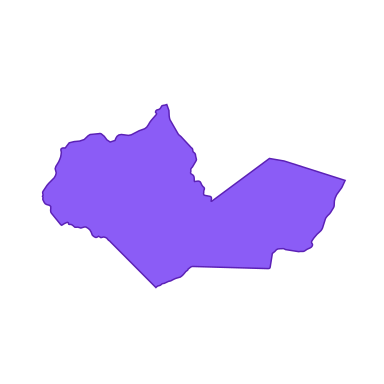 map outline of Ogooué-Ivindo (Equal Earth projection), rotated 224°
{"feature_id": "GAB-2186", "entity_name": "Ogooué-Ivindo", "entity_type": "Province", "adm_level": 1, "iso_a3": "GAB", "parent_name": "Gabon", "parent_adm1": "", "projection": "equal_earth", "projection_center": [13.011, 0.34], "detail": "fine", "context": "isolated", "style": "filled", "palette": "violet", "viewbox_px": 384, "rotation_deg": 224, "n_neighbors": 0, "source": "natural_earth", "source_scale": "10m", "svg_char_len": 3246}
<svg xmlns="http://www.w3.org/2000/svg" viewBox="0 0 384 384"><g transform="rotate(224 192 192)"><path d="M216.2,99.5L217.0,99.6L218.6,99.3L221.3,99.6L222.9,99.1L224.3,98.3L225.8,95.9L227.2,95.6L228.5,95.2L229.0,93.3L229.6,92.5L231.1,91.9L232.8,91.7L234.0,91.8L236.7,93.1L239.2,93.8L241.5,93.7L244.1,93.1L245.1,92.1L246.9,88.9L249.7,87.4L250.7,86.3L251.8,85.3L253.3,85.2L254.1,85.2L254.8,85.1L256.2,84.8L256.7,84.4L257.7,83.5L258.2,83.2L258.6,83.3L259.5,83.9L259.7,84.0L260.6,83.6L260.8,83.3L261.8,80.8L262.5,78.1L262.6,77.6L263.7,77.3L278.4,79.1L279.7,79.5L281.1,80.7L282.3,82.2L283.5,83.4L285.1,83.5L287.9,82.0L289.3,81.6L290.9,81.8L294.0,82.9L294.6,83.5L295.1,84.2L295.7,84.8L296.6,85.0L296.8,85.6L296.9,86.2L297.6,86.8L298.4,87.3L299.3,88.1L299.7,89.3L300.9,95.9L301.1,98.6L301.0,106.5L301.7,109.2L302.9,111.4L306.6,113.7L307.7,115.8L308.9,121.2L309.8,123.6L310.8,125.9L312.2,128.0L313.6,129.8L315.5,131.1L316.1,131.9L315.9,133.4L315.2,134.3L314.3,135.1L313.7,135.9L314.0,137.2L314.5,142.1L311.8,146.4L308.2,150.6L306.0,154.9L305.8,160.3L305.2,162.6L299.5,169.3L299.2,169.8L298.7,170.3L297.7,170.8L293.8,171.1L289.4,170.4L285.6,171.1L283.2,175.6L284.1,177.7L284.6,179.9L284.3,182.1L282.8,184.3L277.0,188.6L275.4,191.0L272.6,199.3L270.0,204.6L269.6,207.1L270.0,209.7L270.8,213.0L271.1,215.5L271.5,223.1L272.0,223.8L272.9,223.9L273.8,224.1L274.4,225.4L274.3,226.5L273.2,228.4L272.9,229.4L273.0,231.0L273.4,232.2L273.5,233.3L272.7,234.6L271.9,235.6L270.9,237.4L265.2,234.6L261.3,230.9L259.6,229.6L258.1,228.7L242.5,224.2L241.3,224.0L238.3,224.2L223.7,223.4L222.1,223.5L221.5,223.3L220.7,222.8L219.9,222.1L219.1,221.7L217.0,221.8L216.1,221.6L215.2,221.1L214.4,220.4L211.4,218.5L210.9,217.7L210.6,216.7L209.1,210.4L209.0,208.3L208.6,207.4L207.3,206.2L206.3,204.7L205.6,204.4L203.3,204.8L202.6,204.8L202.0,204.7L201.5,204.5L200.8,204.1L199.4,202.9L198.1,201.6L197.5,201.3L195.2,204.1L194.4,204.7L193.2,205.0L192.3,204.8L190.0,203.9L188.0,203.5L186.6,203.6L185.7,203.3L185.0,202.5L184.6,201.5L184.0,200.6L183.3,199.9L182.7,199.0L181.9,198.4L180.9,198.2L175.8,201.5L175.0,201.7L174.3,201.5L173.6,201.0L172.9,200.1L172.3,199.2L171.8,198.7L171.4,199.0L159.6,269.9L147.3,278.3L89.9,306.7L87.6,300.1L87.3,299.1L86.1,290.6L84.9,287.2L83.9,285.4L83.3,284.4L80.4,281.1L79.7,280.1L79.3,279.0L78.1,273.6L77.9,271.9L78.0,269.3L77.9,267.7L77.7,266.3L77.3,265.2L73.2,257.0L72.8,256.0L72.6,255.0L72.4,253.9L72.5,251.4L72.7,248.5L72.4,243.7L71.8,240.2L71.5,239.4L71.0,238.8L70.3,238.4L69.5,238.3L68.9,238.0L68.4,237.5L68.2,237.0L67.9,236.1L67.9,235.2L68.1,234.1L69.4,230.8L70.1,227.6L70.7,226.5L72.7,224.6L73.8,223.2L84.8,215.5L86.1,215.2L87.0,214.7L88.1,213.5L89.0,212.6L90.5,210.9L91.0,209.8L91.2,208.4L91.1,206.9L91.5,203.6L83.6,192.3L83.2,191.4L83.3,190.8L83.9,189.9L139.9,138.8L140.5,137.9L140.8,137.0L141.2,134.1L141.2,133.7L140.9,133.2L140.9,132.8L140.9,132.2L141.1,131.1L141.2,130.5L140.9,126.6L141.0,124.5L141.3,122.8L141.3,122.7L143.6,118.7L144.2,117.3L145.1,114.8L145.2,114.3L145.4,113.8L145.6,113.2L146.8,111.4L147.0,110.9L148.5,107.0L149.5,105.7L149.7,105.2L149.8,104.8L149.9,103.5L150.0,103.1L150.1,102.7L150.3,102.3L151.2,100.8L151.3,100.5L151.4,100.2L151.6,99.1L151.6,98.2L216.2,99.5Z" fill="#8b5cf6" stroke="#5b21b6" stroke-width="1.5"/></g></svg>